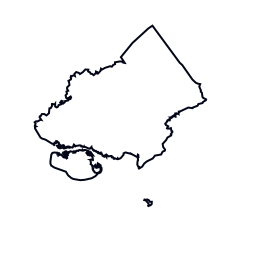 the district of City of Isabela, Philippines, rotated 234°
{"feature_id": "2640588B50898058307541", "entity_name": "City of Isabela", "entity_type": "district", "adm_level": 2, "iso_a3": "PHL", "parent_name": "Philippines", "parent_adm1": "", "projection": "albers", "projection_center": [121.969, 6.657], "detail": "fine", "context": "isolated", "style": "outline", "palette": "ink", "viewbox_px": 256, "rotation_deg": 234, "n_neighbors": 0, "source": "geoboundaries", "source_scale": "gbopen_adm2", "svg_char_len": 5771}
<svg xmlns="http://www.w3.org/2000/svg" viewBox="0 0 256 256"><g transform="rotate(234 128 128)"><path d="M187.5,55.9L185.9,55.8L184.6,54.0L183.3,54.6L183.6,53.4L182.1,52.5L171.8,51.6L170.1,52.2L166.9,54.5L159.9,57.4L159.2,58.2L158.6,58.1L158.8,58.7L158.2,58.7L159.2,59.9L159.1,60.0L158.8,59.8L158.6,59.8L158.3,60.7L159.0,60.1L159.1,60.7L158.3,61.0L158.5,61.7L159.5,62.3L159.0,62.8L158.2,62.4L157.5,63.3L156.5,63.4L156.2,64.1L156.3,63.4L155.6,62.6L153.7,63.3L152.6,62.9L152.3,64.1L152.5,64.8L152.0,65.8L151.0,65.9L150.3,64.9L149.9,65.4L149.7,64.7L149.2,65.3L148.9,64.6L149.9,64.0L149.3,63.9L148.7,64.9L147.8,67.4L148.6,67.0L148.7,67.9L148.1,68.3L148.0,69.1L147.5,69.4L147.3,68.9L146.6,69.5L146.3,69.2L145.9,69.9L146.3,69.6L146.3,70.2L144.8,71.6L145.6,73.5L145.3,73.7L146.0,73.8L146.4,74.5L145.8,74.7L144.7,74.1L142.2,79.0L140.9,79.9L140.5,79.4L138.9,80.9L139.0,81.4L138.6,81.2L137.6,82.4L134.1,84.4L133.7,84.9L134.1,87.2L133.1,86.6L132.7,87.1L131.5,86.9L131.7,87.5L131.2,87.0L129.6,87.6L129.3,87.3L128.4,88.5L127.9,88.2L126.7,89.3L126.5,88.8L125.9,89.0L126.2,89.6L125.6,89.9L125.7,90.3L125.3,89.7L125.5,90.4L125.1,89.7L125.2,90.5L124.9,89.9L124.6,90.5L124.4,89.7L123.6,90.2L123.3,89.7L123.7,91.6L123.0,91.8L122.6,91.0L120.5,91.6L120.3,91.2L119.1,91.7L118.7,92.0L119.4,92.8L119.4,93.7L117.2,93.6L118.7,95.0L116.5,95.6L115.3,97.9L114.9,98.3L113.8,97.7L113.1,98.7L111.7,98.3L111.2,98.7L111.5,99.3L109.0,101.1L108.8,101.7L109.2,102.0L108.4,102.2L107.9,104.4L109.0,108.7L110.1,109.6L109.7,111.6L105.7,114.9L105.9,115.1L99.0,118.4L98.7,119.1L99.4,119.0L100.6,120.3L100.1,120.5L98.6,119.5L97.7,118.1L96.0,117.2L95.6,116.3L93.1,114.1L91.1,113.6L90.2,114.1L89.4,113.1L88.7,113.1L88.4,116.8L89.7,120.2L89.9,123.5L88.8,130.1L89.8,133.6L87.1,139.2L88.5,142.1L88.0,144.5L88.8,145.3L92.0,145.3L94.8,146.7L95.8,151.7L97.1,154.3L96.6,158.6L97.2,159.2L97.9,159.1L98.7,161.6L99.4,161.9L100.1,161.4L102.7,162.6L103.2,161.1L104.4,159.5L104.9,159.4L105.8,161.5L108.3,160.4L109.5,160.6L110.2,163.3L110.9,164.2L110.9,165.6L110.2,165.5L109.7,166.3L110.8,167.3L110.7,169.1L111.6,168.7L111.0,169.8L111.4,170.9L110.8,171.1L111.2,172.7L109.7,172.7L109.2,173.1L109.6,173.4L110.5,173.1L110.6,173.9L111.7,174.6L111.2,175.0L111.5,175.6L110.7,175.8L110.5,176.6L109.8,177.0L110.5,177.2L110.5,178.5L111.4,178.8L110.8,180.0L109.1,188.8L106.1,191.9L106.4,192.7L105.1,197.4L106.0,199.0L104.4,202.9L105.0,204.1L104.7,207.3L105.2,208.0L108.3,206.5L109.3,206.5L113.1,208.5L114.6,208.2L115.4,209.0L119.6,210.0L121.1,212.2L122.8,210.6L124.9,209.4L129.4,208.6L147.1,208.9L150.4,208.2L196.4,207.9L196.6,203.1L194.2,181.7L189.5,163.9L182.6,163.6L183.7,162.5L185.3,162.2L186.7,160.4L188.8,156.1L187.3,155.1L187.7,153.1L187.1,151.0L188.5,149.8L190.1,145.0L190.6,141.2L191.8,141.0L190.4,139.3L189.7,135.7L190.0,135.2L191.4,135.9L192.5,135.3L191.3,134.1L190.9,131.3L192.9,130.7L193.9,129.7L195.4,130.0L196.8,129.1L197.5,129.1L198.5,130.2L200.4,127.9L199.7,124.1L199.9,120.8L201.3,120.7L203.7,119.0L203.3,116.5L201.3,115.6L202.4,115.1L203.0,113.6L202.8,112.8L203.5,112.4L202.6,111.3L201.4,111.0L200.9,110.4L201.1,107.5L200.0,107.4L197.1,105.8L196.7,102.7L195.5,101.7L193.3,101.5L193.7,99.7L191.6,98.8L191.1,96.7L188.7,95.7L187.9,95.9L187.3,97.5L187.2,100.1L186.2,100.0L185.3,98.4L185.7,97.4L186.6,96.8L185.5,95.8L187.0,92.2L186.0,91.8L185.9,90.0L186.9,89.8L187.6,89.1L188.5,90.5L189.1,90.1L188.4,88.1L187.3,88.5L186.4,88.1L187.3,85.4L186.4,83.7L186.6,82.4L188.2,81.7L190.4,83.3L190.2,82.7L190.5,82.0L191.7,81.3L192.1,80.6L190.4,79.3L189.5,77.1L190.1,76.0L186.4,72.7L186.1,69.4L188.6,68.4L189.9,66.4L189.0,64.6L189.3,63.5L188.7,62.8L185.6,62.6L186.0,62.3L186.6,58.3L187.5,57.6L187.5,55.9ZM142.8,43.8L139.2,45.2L129.1,52.1L124.9,51.7L121.0,52.7L118.9,53.8L113.8,58.8L111.5,62.6L108.7,69.1L108.2,73.4L108.9,76.8L108.2,79.5L109.3,81.7L111.2,83.1L111.9,82.9L114.0,83.9L117.2,82.8L116.7,82.1L117.0,81.7L116.7,82.0L116.1,83.0L114.2,82.8L115.2,82.1L114.7,81.7L115.3,81.4L113.9,80.3L114.7,79.0L115.4,79.4L116.0,80.6L116.4,79.8L117.3,80.0L117.2,78.0L114.3,79.1L113.1,82.4L111.8,82.2L110.1,81.1L109.3,81.2L109.0,80.4L109.4,79.5L109.1,78.8L109.7,76.7L109.2,75.9L110.2,76.0L110.8,75.5L110.6,75.0L110.9,75.4L111.5,75.1L111.7,75.7L111.8,75.1L112.8,75.2L112.3,75.6L113.6,74.9L115.7,75.3L115.9,75.8L114.8,76.5L116.0,75.9L119.4,77.0L120.7,76.5L121.4,77.4L123.8,78.6L124.1,79.2L124.4,79.0L123.6,80.7L123.0,80.7L122.5,80.0L122.6,80.8L125.3,82.2L127.4,82.2L128.4,81.7L128.1,81.0L129.1,80.3L129.5,80.7L130.9,80.3L131.3,79.9L131.1,79.7L132.0,79.7L131.7,80.4L132.2,80.3L132.2,81.0L132.6,81.1L132.0,81.4L132.3,81.6L132.0,81.8L128.2,82.6L129.1,82.9L128.0,83.1L128.0,82.7L126.8,83.6L130.2,83.6L130.4,83.1L131.3,83.2L131.6,82.6L132.8,82.4L135.3,80.6L136.8,78.2L136.3,78.2L136.5,77.9L136.9,78.0L136.7,77.7L138.6,75.9L139.1,74.7L138.7,74.3L139.9,72.9L139.6,72.4L140.0,72.1L140.5,72.4L139.1,70.9L139.7,69.9L140.0,71.0L141.0,70.6L141.2,69.3L143.1,67.6L142.9,66.9L143.4,66.1L143.1,65.4L142.8,65.6L141.9,63.3L141.4,63.2L141.6,62.8L140.7,61.5L139.5,61.2L139.5,60.4L140.9,60.3L141.5,59.1L142.5,58.6L145.9,58.3L146.5,57.1L146.1,56.5L146.6,56.8L146.6,56.4L147.2,56.6L146.7,56.2L146.7,55.8L147.5,56.5L147.4,55.8L148.6,54.7L148.0,55.8L149.0,56.5L147.6,57.1L148.3,57.2L151.3,54.3L152.3,52.2L151.5,50.3L146.6,45.6L144.7,44.3L142.8,43.8ZM60.1,98.8L59.0,99.8L55.2,100.2L53.9,99.9L53.3,98.6L52.8,98.7L52.3,101.1L52.5,102.4L54.3,103.9L55.4,102.4L57.7,102.3L59.0,101.4L59.4,100.1L60.4,99.3L60.1,98.8ZM143.8,60.6L142.3,60.2L142.0,60.9L142.8,62.8L143.2,63.5L143.6,63.2L144.1,64.4L144.7,64.6L145.5,63.9L145.5,65.0L145.9,63.2L144.7,62.8L145.8,61.7L145.6,61.2L146.2,61.1L146.0,60.6L145.1,60.5L145.0,61.1L143.8,61.2L143.8,60.6ZM153.0,60.0L151.6,60.9L151.2,61.9L152.4,61.0L153.1,61.6L155.0,60.7L155.4,60.1L153.0,60.0Z" fill="none" stroke="#020617" stroke-width="2"/></g></svg>